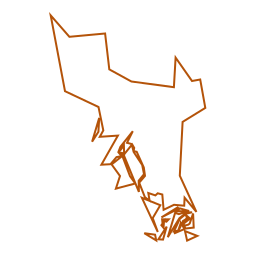 Mrauk-U, Rakhine, Myanmar
{"feature_id": "60261553B1263911264167", "entity_name": "Mrauk-U", "entity_type": "district", "adm_level": 2, "iso_a3": "MMR", "parent_name": "Myanmar", "parent_adm1": "Rakhine", "projection": "mercator", "projection_center": [93.425, 20.429], "detail": "medium", "context": "isolated", "style": "outline", "palette": "amber", "viewbox_px": 256, "rotation_deg": 0, "n_neighbors": 0, "source": "geoboundaries", "source_scale": "gbopen_adm2", "svg_char_len": 1923}
<svg xmlns="http://www.w3.org/2000/svg" viewBox="0 0 256 256"><path d="M50.7,15.4L65.0,91.2L98.5,107.0L103.3,130.4L99.8,136.8L117.9,135.6L101.4,164.7L110.5,164.2L116.5,157.1L121.7,156.1L118.5,152.4L118.4,152.0L120.4,146.8L132.8,131.2L127.0,142.8L132.0,144.1L134.2,147.9L133.6,151.1L136.7,151.8L143.8,167.5L145.0,175.9L139.2,182.7L144.9,197.2L149.6,200.6L148.3,193.0L155.4,195.4L157.7,193.3L162.3,194.5L163.6,209.8L174.0,204.8L184.2,205.7L184.6,197.7L196.4,211.9L179.8,175.7L182.6,121.9L205.3,107.9L200.2,79.5L192.0,81.0L175.6,57.6L173.9,87.2L131.4,81.5L109.3,69.4L105.1,33.5L69.4,36.8L50.7,15.4ZM130.0,176.2L121.2,152.9L122.0,156.2L111.6,164.4L120.0,176.0L115.9,188.6L135.3,183.5L130.0,176.2ZM131.8,144.8L123.7,154.9L138.9,191.9L138.7,180.7L144.0,174.2L142.2,165.0L133.7,152.0L131.8,144.8ZM160.3,205.2L141.9,197.8L157.8,232.0L152.7,218.1L160.3,205.2ZM184.6,212.3L178.9,214.1L175.1,212.9L167.8,237.2L179.4,218.2L184.6,214.0L192.1,212.3L184.6,212.3ZM98.4,131.8L99.2,117.9L92.1,141.7L98.4,131.8ZM197.3,235.9L185.0,231.1L187.1,240.6L197.3,235.9ZM193.1,213.5L189.7,223.5L188.4,224.6L185.2,225.5L183.5,224.7L185.6,228.5L193.7,227.6L193.1,213.5ZM161.4,217.4L176.4,209.7L178.3,207.0L161.4,217.4ZM184.5,229.0L181.0,223.2L181.0,224.9L180.3,227.0L178.5,230.4L174.0,233.5L184.5,229.0ZM163.0,239.6L166.7,226.6L158.4,239.3L163.0,239.6ZM187.7,219.1L185.4,214.3L179.8,218.9L174.0,231.3L178.2,230.6L180.7,223.3L182.0,222.8L182.6,223.2L182.9,221.1L186.5,218.8L187.7,219.1ZM155.1,234.7L144.3,233.2L156.2,240.4L155.1,234.7ZM189.1,211.0L179.9,208.4L176.7,211.3L189.1,211.0ZM124.1,153.8L123.9,145.5L118.7,152.4L120.3,153.4L120.7,153.0L121.8,152.8L124.1,153.8ZM190.0,218.5L187.9,216.7L188.4,218.2L187.6,219.5L186.4,219.1L186.5,220.5L183.4,221.0L183.3,223.9L190.0,218.5ZM168.7,219.3L162.1,219.3L162.4,222.0L164.2,221.0L166.4,221.7L168.7,219.3ZM163.5,227.8L164.0,221.3L161.4,225.2L163.5,227.8Z" fill="none" stroke="#b45309" stroke-width="2"/></svg>